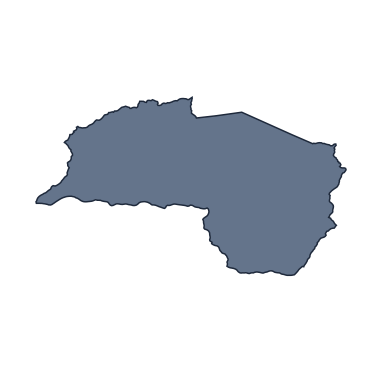 Francisco Sá, Minas Gerais, Brazil, rotated 81°
{"feature_id": "56859067B59218349000893", "entity_name": "Francisco Sá", "entity_type": "district", "adm_level": 2, "iso_a3": "BRA", "parent_name": "Brazil", "parent_adm1": "Minas Gerais", "projection": "equal_earth", "projection_center": [-43.461, -16.444], "detail": "fine", "context": "isolated", "style": "filled", "palette": "slate", "viewbox_px": 384, "rotation_deg": 81, "n_neighbors": 0, "source": "geoboundaries", "source_scale": "gbopen_adm2", "svg_char_len": 5995}
<svg xmlns="http://www.w3.org/2000/svg" viewBox="0 0 384 384"><g transform="rotate(81 192 192)"><path d="M98.5,177.1L100.2,180.7L99.9,182.1L99.0,183.3L98.7,184.7L98.3,186.1L98.1,188.2L98.3,189.8L98.9,191.1L99.6,192.3L99.2,194.0L99.4,196.1L99.9,197.7L100.4,200.7L100.0,202.1L100.4,203.4L100.4,204.6L99.8,205.8L100.1,207.5L101.1,208.6L101.5,210.2L101.1,212.1L100.0,212.4L99.2,211.7L98.3,211.7L97.3,212.0L96.9,213.1L96.2,214.3L95.5,215.2L94.7,216.6L95.4,218.2L94.7,220.2L94.7,221.7L95.5,222.5L96.4,223.0L95.9,224.5L94.9,225.7L94.6,227.2L94.2,229.4L95.9,230.3L97.0,231.5L98.4,231.9L99.6,232.6L100.1,233.8L99.5,235.0L99.3,236.3L99.4,237.9L99.9,238.9L99.7,240.2L98.8,240.5L97.8,242.6L96.9,244.1L97.2,245.9L97.4,248.2L99.9,252.4L100.2,254.0L99.9,255.9L100.9,257.0L100.4,258.0L100.5,259.4L100.7,260.7L100.5,261.8L101.3,262.5L102.1,263.2L102.1,264.7L102.3,266.4L104.6,268.8L105.3,269.8L106.1,271.0L106.6,272.5L105.9,275.1L106.6,276.3L107.6,277.5L108.5,278.4L109.3,280.0L109.6,281.1L109.9,282.5L110.5,283.9L111.5,285.1L111.9,286.9L111.7,288.7L111.6,290.4L110.9,292.1L110.5,293.6L109.4,294.5L110.0,296.0L111.5,295.8L112.4,296.5L113.0,297.9L113.5,299.5L114.5,299.2L115.2,300.3L116.2,301.2L116.3,302.4L116.2,303.6L117.6,304.1L118.8,304.7L120.1,305.7L121.3,306.6L121.7,308.2L122.3,309.4L123.2,310.3L124.1,309.1L125.3,308.4L126.5,307.4L129.3,306.5L130.3,305.9L131.2,305.0L132.7,305.2L135.6,304.1L137.1,304.3L138.1,305.7L140.2,306.1L141.5,306.8L142.5,308.0L143.0,309.5L143.8,310.5L145.2,310.4L146.6,310.6L148.9,309.5L149.9,310.4L151.0,311.0L152.1,311.6L153.6,312.4L155.2,312.3L156.4,313.2L157.0,314.6L157.7,315.7L158.8,316.7L160.9,319.2L162.0,320.0L162.8,321.3L163.5,322.6L164.3,324.5L164.7,326.2L164.0,328.2L164.7,329.6L165.4,330.3L166.8,331.0L167.4,331.9L168.0,333.5L168.9,334.9L169.9,336.6L170.2,338.3L170.9,339.8L171.6,342.0L172.5,343.7L173.7,345.2L175.1,346.2L176.3,346.7L177.2,347.6L178.8,347.5L179.2,345.2L179.5,343.5L179.8,342.0L180.3,340.5L180.7,339.1L181.7,336.6L182.3,335.6L182.7,333.7L182.4,332.2L181.8,331.0L181.3,329.8L180.6,328.5L179.5,326.0L178.8,324.4L177.9,322.1L177.4,320.2L177.1,318.3L176.9,317.1L176.9,315.6L177.0,314.1L177.3,311.9L178.0,310.1L178.5,308.7L179.5,307.7L180.3,306.1L181.2,305.0L182.9,303.3L184.0,301.8L184.7,300.2L185.1,298.3L185.4,293.1L185.3,291.5L185.0,290.2L184.6,288.4L185.3,286.9L185.9,283.7L186.8,282.2L187.5,280.4L188.3,277.7L188.9,276.7L189.8,276.1L191.0,275.5L192.2,274.7L192.9,273.6L192.9,272.1L192.4,270.4L191.9,268.7L192.0,267.4L192.5,265.7L193.1,264.1L193.4,262.6L193.4,259.6L193.8,258.1L194.4,256.9L195.3,254.1L196.1,252.4L196.4,250.6L196.2,248.9L195.5,247.5L194.4,245.9L193.9,244.4L193.9,242.7L194.0,241.0L194.2,239.9L194.7,238.6L195.2,237.4L196.8,235.1L197.8,234.3L198.5,233.5L198.8,231.7L199.4,230.0L200.2,228.6L201.4,226.7L201.9,225.6L203.5,222.7L203.9,221.6L203.2,220.5L201.9,219.6L201.3,218.2L201.7,216.9L201.7,215.5L201.4,214.0L201.1,212.3L201.2,210.8L202.2,207.8L202.7,206.1L203.1,204.7L204.0,201.7L204.5,200.3L205.3,198.8L205.4,197.3L204.7,195.7L205.1,194.1L205.8,193.0L206.9,191.8L207.5,190.6L208.0,189.1L208.5,187.4L209.3,186.4L210.3,183.6L210.6,181.7L210.2,179.6L211.2,178.6L212.4,178.4L213.9,178.3L214.9,178.6L215.9,179.1L217.0,179.8L217.8,180.6L218.4,181.7L219.2,183.4L220.0,184.9L220.9,185.6L221.8,185.3L223.0,185.2L224.2,185.4L226.9,185.2L228.1,185.5L229.4,185.9L230.6,185.3L231.5,183.5L232.3,182.5L233.0,181.8L233.9,181.4L235.0,181.0L237.2,181.2L238.5,181.1L240.2,181.2L241.8,182.0L243.0,182.0L244.8,180.1L246.1,180.7L247.4,179.3L248.4,177.7L249.1,175.8L250.0,174.7L251.0,174.1L253.9,173.6L254.8,173.1L255.6,172.5L256.5,172.2L257.6,170.8L258.2,169.3L259.3,168.7L260.1,168.0L261.3,167.6L262.6,167.3L263.5,166.9L264.7,167.0L266.7,168.4L267.9,168.2L269.3,168.4L270.8,169.1L272.0,167.7L272.8,166.2L273.3,164.7L274.0,162.8L275.0,161.0L276.1,159.9L277.0,159.4L278.1,158.7L279.2,157.5L279.7,156.3L279.8,154.4L280.1,153.2L280.1,151.8L280.5,150.5L281.2,149.2L281.5,147.9L281.2,146.7L281.2,145.4L281.5,144.1L281.1,142.5L281.1,140.5L281.9,137.9L282.6,136.3L283.2,134.5L282.8,132.4L282.7,130.3L282.3,128.7L282.1,127.2L282.3,125.9L282.8,124.6L284.2,122.8L284.7,121.5L285.2,119.9L285.6,118.1L286.5,117.1L287.1,116.2L287.9,113.9L288.5,112.8L289.2,111.0L289.5,108.9L289.8,107.0L289.8,105.4L289.7,103.7L288.9,102.7L288.2,101.7L287.2,100.5L286.4,99.6L285.4,98.7L284.5,97.4L282.8,94.7L283.3,93.3L282.3,92.8L280.2,90.7L278.2,89.1L276.9,88.5L276.1,87.6L275.3,86.4L274.3,85.7L273.0,85.4L272.1,84.9L271.1,84.2L270.2,83.3L269.5,82.3L268.1,81.1L267.2,79.8L266.3,79.4L265.4,79.0L264.7,77.8L262.8,76.3L261.6,76.2L260.6,74.7L259.5,74.0L258.6,73.0L257.8,72.0L257.5,70.5L257.3,68.8L256.6,67.3L255.6,66.3L254.2,66.8L253.0,66.0L251.9,65.0L251.8,63.4L250.8,62.2L250.0,60.5L249.8,58.9L249.9,57.1L248.9,56.1L248.2,55.5L247.5,54.6L245.5,56.1L243.0,57.0L242.0,58.0L241.0,58.8L239.6,59.2L238.5,61.0L237.3,60.0L236.0,59.2L234.9,57.4L233.7,56.1L231.9,55.9L230.5,55.3L229.6,54.9L228.5,54.6L227.3,54.6L226.2,55.1L224.7,56.1L223.8,57.1L222.7,57.7L221.4,57.5L220.0,56.8L218.2,56.6L217.0,56.1L215.9,56.9L214.7,56.5L212.6,53.8L211.4,51.6L209.9,48.3L209.2,47.4L208.2,46.7L207.4,45.9L206.0,45.4L204.8,44.8L203.6,44.7L202.5,43.9L201.0,42.8L200.3,42.1L199.1,41.9L197.7,41.0L196.8,39.9L196.6,38.7L195.4,37.4L194.2,36.4L192.7,36.6L192.0,37.9L191.8,39.5L191.2,41.2L190.0,42.2L189.3,41.3L188.3,40.7L186.6,41.3L186.2,42.3L185.3,42.3L184.7,43.3L183.5,43.2L182.6,43.7L181.8,44.3L180.8,44.4L179.7,45.8L178.1,46.6L176.5,46.1L175.3,44.9L174.1,44.8L173.1,44.9L172.0,44.2L170.8,44.8L169.5,43.7L168.5,42.4L167.1,42.5L167.0,44.1L168.2,46.1L168.1,47.7L166.8,49.2L166.3,50.8L165.6,52.4L164.7,53.9L164.6,55.3L163.7,56.4L163.2,58.6L163.2,60.4L163.4,61.6L163.4,63.0L162.9,64.0L163.2,65.2L151.4,83.8L133.2,111.7L121.0,130.4L120.5,156.5L119.6,176.1L118.3,176.4L117.4,177.0L116.4,177.9L115.2,179.2L114.1,180.2L112.6,179.9L111.5,179.6L110.3,180.2L109.4,179.9L108.2,180.1L106.7,180.0L105.3,178.9L103.7,179.2L102.1,178.1L100.7,177.7L99.7,177.2L98.5,177.1Z" fill="#64748b" stroke="#1e293b" stroke-width="1.5"/></g></svg>